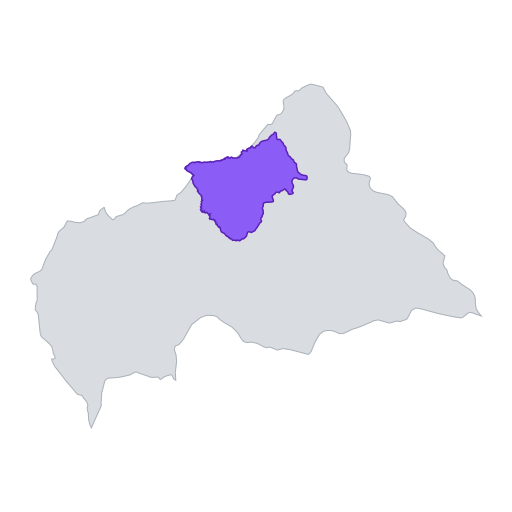 where Bamingui-Bangoran sits in Central African Republic
{"feature_id": "CAF-806", "entity_name": "Bamingui-Bangoran", "entity_type": "Prefecture", "adm_level": 1, "iso_a3": "CAF", "parent_name": "Central African Republic", "parent_adm1": "", "projection": "robinson", "projection_center": [20.535, 8.397], "detail": "fine", "context": "in_parent", "style": "filled", "palette": "violet", "viewbox_px": 512, "rotation_deg": 0, "n_neighbors": 0, "source": "natural_earth", "source_scale": "10m", "svg_char_len": 9629}
<svg xmlns="http://www.w3.org/2000/svg" viewBox="0 0 512 512"><path d="M364.4,174.9L369.5,176.4L370.4,178.2L369.0,184.0L370.0,187.6L372.9,190.7L375.8,192.0L378.6,192.7L388.3,194.6L392.4,196.7L397.7,203.5L404.5,209.7L406.1,213.0L405.8,216.0L403.8,219.6L404.1,221.1L407.2,224.7L410.8,228.4L417.2,232.5L428.4,239.0L433.6,243.3L435.3,246.6L438.2,250.1L442.2,253.4L444.9,255.9L443.1,263.0L443.6,265.3L444.6,267.4L447.0,270.1L447.9,273.7L450.3,278.2L453.0,280.2L457.6,281.0L460.1,283.1L465.2,286.7L470.1,289.7L472.2,291.9L473.5,293.7L474.6,296.0L475.2,298.2L475.3,303.0L476.2,308.9L478.8,313.0L481.3,316.0L471.2,312.5L469.8,312.5L468.0,313.1L462.8,317.3L461.1,317.9L454.5,317.0L438.5,313.6L426.3,310.3L422.6,309.2L416.0,308.0L411.7,310.2L407.6,317.9L406.5,319.4L400.1,321.6L397.0,321.0L389.6,323.1L378.2,319.9L374.2,320.6L371.0,322.1L362.8,325.6L357.8,327.6L352.0,329.4L346.5,332.1L342.8,333.6L339.2,333.6L335.9,332.0L332.3,330.7L328.1,330.4L323.6,331.2L319.8,334.2L318.3,336.4L315.0,342.2L311.1,351.5L309.6,353.4L308.2,354.4L290.4,349.7L282.7,348.6L277.5,350.1L271.0,347.5L268.1,347.0L266.8,347.8L263.2,346.6L257.3,343.4L251.6,342.1L246.6,342.6L243.5,341.5L241.0,338.4L237.7,332.7L231.9,327.0L224.1,322.5L219.3,319.1L217.3,316.8L213.2,315.5L206.7,315.3L200.6,317.5L191.7,324.6L183.5,339.1L178.9,344.6L175.2,346.1L174.3,349.6L176.1,355.1L176.6,361.5L175.3,372.4L175.8,380.3L173.8,379.0L171.9,375.3L171.0,374.6L165.6,376.2L162.8,377.7L161.3,379.2L160.1,379.4L158.4,377.4L157.1,377.0L154.9,377.4L152.7,377.4L151.3,377.1L150.4,377.3L147.8,376.1L138.5,373.0L136.9,372.0L135.0,372.1L130.2,374.8L127.6,375.5L119.9,377.2L111.6,378.0L108.4,378.0L106.3,379.2L104.8,380.9L102.3,390.9L101.6,392.6L101.7,395.1L101.0,403.2L101.3,405.7L91.3,427.9L89.7,424.2L88.7,419.8L88.3,414.9L88.5,413.6L87.9,412.1L87.1,408.0L87.9,405.4L87.2,402.7L85.3,400.0L83.5,398.0L82.5,396.1L81.7,395.3L79.8,395.0L77.2,394.1L66.2,381.1L54.8,366.5L52.4,361.8L51.5,359.1L54.3,358.8L55.0,358.3L55.1,357.0L53.3,353.3L52.5,348.5L51.1,345.6L46.6,341.1L42.3,337.7L41.0,336.0L40.2,333.5L38.6,317.7L37.9,313.3L36.5,311.3L35.6,310.4L35.2,309.3L35.4,306.5L36.0,304.0L35.9,303.0L37.1,300.8L37.1,286.3L35.8,284.2L33.2,284.2L31.8,282.1L30.7,279.4L31.1,277.5L33.5,274.6L35.2,273.4L40.1,271.1L41.4,269.9L42.3,268.5L42.9,266.5L45.7,259.1L50.0,251.6L51.8,250.0L56.1,239.0L57.1,236.2L57.8,233.4L59.2,231.2L63.8,227.4L67.3,220.9L71.1,221.3L75.0,222.3L80.0,222.8L83.9,221.6L86.4,219.0L98.5,214.6L99.4,211.1L101.3,209.3L103.5,207.7L104.3,207.5L104.5,208.6L105.8,212.3L108.5,215.9L112.6,219.8L113.7,219.6L116.2,216.6L122.5,214.7L124.1,213.9L128.6,209.5L134.0,206.7L137.1,205.7L142.6,202.8L146.5,203.2L152.7,202.7L163.0,201.4L170.5,200.9L174.3,200.4L175.3,199.8L176.7,195.6L177.9,194.4L180.7,192.6L186.2,186.2L189.8,180.8L190.9,178.9L191.7,178.6L193.2,176.3L191.7,174.0L185.5,169.2L185.6,168.6L185.2,167.8L185.6,167.1L187.9,165.2L191.1,163.0L194.5,162.1L203.3,162.3L210.9,161.8L212.6,162.0L218.5,160.8L222.5,159.8L226.6,157.5L236.0,157.8L243.8,151.9L246.0,150.9L247.0,150.0L247.3,149.1L250.9,146.8L255.0,142.0L258.2,137.7L259.1,134.7L267.9,124.4L271.0,124.6L272.5,123.3L276.0,116.5L277.0,115.2L280.7,114.0L282.4,112.0L283.9,108.9L283.9,105.2L283.2,102.2L283.2,100.7L284.0,99.4L285.5,98.1L292.1,94.4L293.8,92.6L294.8,91.0L296.7,90.7L298.8,90.8L300.0,89.9L301.5,88.2L306.1,85.9L310.4,84.1L314.9,84.9L323.1,87.2L325.6,92.1L326.7,93.8L336.8,105.4L338.8,108.1L343.8,116.5L346.9,122.2L350.4,130.4L350.8,134.8L350.3,138.6L349.6,149.4L348.7,152.5L344.3,158.3L344.1,160.9L345.0,163.0L346.4,163.9L347.2,165.0L346.7,170.0L348.3,172.0L351.6,173.3L360.1,174.2L364.4,174.9Z" fill="#d9dde1" stroke="#a8b0b8" stroke-width="1"/><path d="M251.9,146.0L252.3,146.3L253.4,147.5L254.1,147.7L254.7,147.8L255.0,147.8L255.2,147.7L255.7,146.8L255.9,146.6L256.4,145.8L256.6,145.6L257.5,145.3L258.1,145.2L258.4,145.1L258.6,145.0L259.0,144.6L259.2,144.3L259.5,143.5L259.7,143.1L259.9,142.9L260.7,142.1L261.9,141.3L262.4,141.1L264.3,140.6L265.9,140.4L267.5,139.8L267.8,139.6L269.0,138.5L269.1,138.3L269.3,137.4L269.5,137.2L270.4,136.4L271.1,135.5L271.9,134.9L273.3,134.2L273.7,133.8L274.4,132.5L274.6,132.3L274.8,132.3L275.6,132.5L275.9,132.7L276.1,133.0L276.4,133.8L276.4,134.1L276.3,134.8L276.3,135.3L276.7,137.2L276.8,138.8L276.9,139.0L277.1,139.3L277.4,139.4L277.9,139.5L278.8,139.4L279.7,139.4L280.1,139.6L280.5,140.0L281.1,141.0L283.1,143.1L283.2,143.3L283.5,144.6L283.8,145.0L284.1,145.4L285.4,146.6L285.7,147.0L285.9,147.8L286.2,150.4L286.3,150.8L286.5,151.2L287.1,152.0L287.4,152.6L288.1,155.0L288.3,155.5L288.6,155.8L289.5,156.3L289.9,156.6L290.3,157.0L291.1,158.3L291.6,158.7L292.9,159.6L293.3,159.9L293.6,160.6L293.8,161.2L294.0,161.8L294.5,162.4L296.1,163.6L296.4,164.0L296.5,164.4L296.4,165.5L297.4,170.6L297.7,171.5L298.2,172.2L300.8,174.4L301.3,174.6L303.3,175.3L305.9,175.6L306.5,175.9L306.8,176.2L307.0,176.5L307.1,177.5L307.0,178.9L306.4,179.7L305.6,179.8L298.8,179.1L298.2,178.9L296.8,178.1L296.1,177.8L295.3,177.9L294.5,178.0L293.6,178.3L293.4,178.5L293.0,178.9L292.6,179.4L292.3,180.1L292.1,180.8L292.0,181.5L292.0,182.5L292.1,182.8L292.2,183.2L293.3,185.4L293.5,186.3L293.4,186.8L293.4,187.1L292.2,190.1L292.1,190.7L292.1,191.1L292.2,191.5L292.5,191.9L292.9,192.3L293.1,192.6L293.1,193.0L292.8,193.5L292.1,193.8L291.1,194.1L290.1,194.3L289.3,194.3L288.8,194.1L288.4,193.7L288.0,192.4L287.7,191.9L287.4,191.5L286.6,190.9L286.2,190.5L285.9,190.2L285.6,189.3L285.4,189.1L285.1,189.1L284.5,189.2L282.2,190.6L281.6,190.9L280.5,191.0L280.3,191.2L280.1,191.4L279.7,192.4L279.5,192.7L279.2,192.8L277.5,192.1L277.0,192.1L276.5,192.2L275.8,192.4L275.3,193.2L275.0,193.7L274.3,194.2L273.0,195.2L272.4,195.7L272.1,196.4L272.3,197.3L273.3,200.1L273.3,201.5L271.8,202.0L266.2,202.3L264.1,202.7L263.4,203.8L263.2,204.7L263.3,205.4L263.2,206.0L263.1,206.4L262.5,207.6L262.4,208.1L262.4,208.5L263.1,210.3L263.3,213.8L262.6,214.5L262.3,215.5L262.1,216.7L261.9,217.0L260.9,218.1L260.7,218.6L260.7,219.2L260.8,219.5L261.4,220.6L261.5,220.9L261.5,221.3L261.4,221.6L261.2,221.9L259.9,223.0L259.5,223.5L257.1,227.4L256.5,228.1L255.1,230.2L254.9,230.4L254.5,230.9L252.0,232.1L251.7,232.4L251.1,232.4L250.7,232.3L249.9,231.9L249.6,231.8L248.3,231.8L247.9,232.1L247.5,232.6L246.6,235.5L246.4,236.1L246.1,236.6L243.9,238.6L243.1,239.0L242.4,238.7L242.2,238.8L241.9,239.0L240.2,240.5L239.5,240.7L239.3,240.8L239.0,240.7L238.9,240.3L238.7,240.2L237.6,240.3L237.4,240.4L237.0,240.1L236.7,240.3L236.2,240.8L235.7,240.6L234.9,240.1L234.7,240.2L234.1,240.2L233.2,240.3L232.4,240.2L232.1,239.8L231.8,239.3L231.3,239.0L230.5,238.9L229.9,238.6L229.8,238.4L229.7,237.8L229.2,237.7L229.0,237.8L228.3,236.8L228.1,236.7L227.4,236.5L226.7,236.1L225.6,235.1L224.7,233.7L224.3,233.4L223.5,233.1L222.7,232.5L221.8,232.2L221.4,231.8L220.8,230.6L220.1,227.6L219.5,226.7L219.3,226.7L219.2,226.9L219.0,227.3L218.5,226.9L217.7,226.0L217.5,225.6L217.4,225.2L217.2,224.3L216.5,224.6L215.9,223.9L215.7,221.5L215.0,221.6L214.8,221.2L214.8,220.4L214.7,220.0L214.3,220.0L213.5,219.5L213.3,219.9L213.1,219.9L212.0,219.5L211.6,219.4L211.1,218.9L210.7,219.1L210.2,218.9L209.9,219.2L209.4,218.5L209.6,217.6L210.0,216.7L210.2,215.9L210.0,215.7L209.1,215.5L209.0,215.2L209.3,214.7L209.9,214.0L209.0,214.2L208.6,214.2L208.3,213.8L207.9,213.7L207.2,212.7L206.7,212.4L206.4,212.5L205.8,212.9L205.4,212.9L205.2,212.8L204.5,211.6L204.4,212.5L204.0,212.4L202.8,211.1L202.4,211.8L202.3,212.1L201.8,211.8L200.6,209.9L200.5,209.5L201.4,208.8L201.6,208.4L201.3,208.2L200.8,207.5L200.5,206.8L201.6,206.2L201.6,205.5L201.2,204.8L200.9,204.3L201.4,204.0L201.6,203.6L201.6,202.6L201.4,202.1L201.3,201.7L201.4,201.3L201.7,201.0L202.4,200.7L202.6,200.3L201.9,200.1L201.7,199.7L201.9,198.6L201.8,197.4L201.9,197.0L201.4,196.7L201.3,196.4L201.3,195.9L201.2,195.4L199.4,193.7L198.6,192.8L198.1,192.0L198.1,191.4L197.6,191.2L197.9,190.7L198.1,190.3L197.9,190.1L197.5,189.9L197.4,189.6L197.4,189.1L197.3,188.9L196.6,187.9L195.3,186.8L194.8,186.2L193.1,183.0L192.9,182.1L192.8,181.0L192.6,180.1L191.7,179.2L191.7,178.6L192.0,177.5L192.0,177.3L192.3,177.1L192.6,176.4L193.8,175.6L193.1,174.7L192.0,173.8L191.5,173.4L191.1,172.8L187.0,170.8L186.6,170.4L186.4,169.9L186.3,169.3L186.1,168.9L185.5,169.2L184.9,168.7L184.9,168.1L185.7,166.8L186.0,167.0L186.4,166.9L186.6,166.8L186.8,166.0L187.0,165.9L187.3,165.8L187.8,165.5L188.5,165.2L188.7,164.8L188.9,164.5L189.4,164.0L190.2,163.4L191.6,162.6L192.9,162.2L193.9,162.5L194.4,162.4L195.3,162.7L195.5,162.6L195.7,162.2L196.1,162.0L197.5,161.9L198.2,161.7L198.6,161.7L199.0,161.9L199.4,162.3L199.7,162.4L200.0,162.0L200.4,162.3L201.0,162.5L201.7,162.7L202.3,162.8L202.7,162.6L204.0,162.1L204.4,162.3L207.0,162.2L207.3,162.4L207.5,162.4L207.9,162.2L208.7,162.2L209.7,161.8L210.7,161.5L211.6,162.2L212.2,161.9L213.7,162.0L214.0,161.8L214.2,161.6L215.0,161.2L215.7,161.1L216.7,160.9L217.4,160.8L220.3,160.9L220.7,160.7L221.2,160.0L221.6,160.3L222.2,160.2L223.0,159.5L223.9,159.4L224.1,158.7L224.4,158.4L224.6,158.6L224.7,159.2L225.0,159.2L225.1,158.7L225.2,158.4L226.2,157.5L226.5,157.3L226.8,157.4L227.3,157.6L227.6,157.6L227.6,156.9L227.9,156.8L228.2,157.0L228.5,157.5L228.9,158.0L229.5,158.2L230.0,158.0L231.0,157.2L231.5,157.1L231.8,157.2L232.2,157.5L233.0,158.2L233.7,158.0L236.6,158.2L237.2,158.0L238.4,157.2L238.8,157.1L239.2,157.3L239.9,156.5L240.3,155.5L240.8,154.7L241.7,154.4L241.9,154.0L241.5,153.0L241.3,152.1L241.9,151.7L242.4,151.6L242.6,151.4L242.7,151.0L242.8,150.5L242.9,150.1L243.2,150.2L243.9,150.6L244.7,150.6L245.2,150.8L245.5,150.9L247.3,150.9L246.8,149.3L248.2,148.5L249.8,147.9L250.1,147.6L250.4,147.9L250.7,147.5L251.0,146.7L251.6,146.5L251.8,146.1L251.9,146.0Z" fill="#8b5cf6" stroke="#5b21b6" stroke-width="1.5"/></svg>